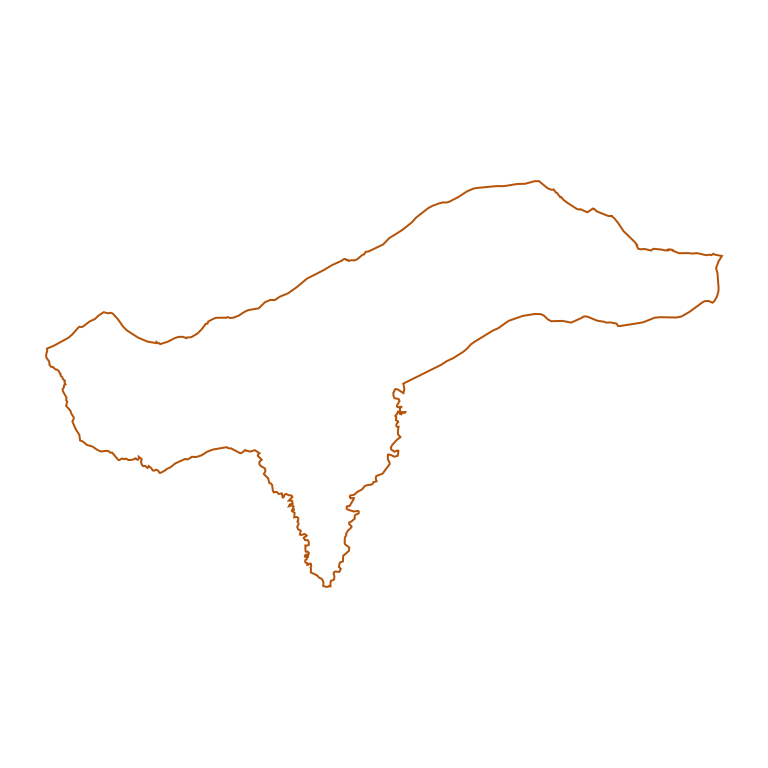 outline of Lautém, Lautém, East Timor
{"feature_id": "22284137B78833871172178", "entity_name": "Lautém", "entity_type": "district", "adm_level": 2, "iso_a3": "TLS", "parent_name": "East Timor", "parent_adm1": "Lautém", "projection": "orthographic", "projection_center": [126.918, -8.447], "detail": "fine", "context": "isolated", "style": "outline", "palette": "amber", "viewbox_px": 768, "rotation_deg": 0, "n_neighbors": 0, "source": "geoboundaries", "source_scale": "gbopen_adm2", "svg_char_len": 6077}
<svg xmlns="http://www.w3.org/2000/svg" viewBox="0 0 768 768"><path d="M330.5,586.3L330.4,583.1L331.0,580.7L333.3,580.1L334.1,579.2L334.4,576.4L333.6,573.5L333.9,572.4L335.4,571.5L339.1,571.9L339.8,571.1L340.8,568.9L338.9,567.0L339.6,563.2L339.9,562.6L342.9,561.4L343.2,555.8L348.9,550.9L349.3,547.5L345.3,544.5L344.7,543.4L344.7,541.8L344.8,537.7L346.2,535.4L346.3,533.4L347.9,530.7L351.4,527.3L351.5,526.2L349.4,524.4L349.1,522.6L351.5,521.4L354.8,518.6L354.6,516.2L355.2,515.0L358.7,513.3L358.7,511.5L357.9,510.9L354.0,511.5L348.5,509.9L346.6,508.7L346.7,506.8L347.6,506.0L349.0,506.3L349.7,505.8L353.8,498.9L353.9,498.1L350.5,498.2L349.8,497.0L350.1,495.6L354.2,494.7L357.2,492.0L362.2,489.3L364.8,486.0L368.2,484.9L370.4,484.9L372.5,484.0L373.5,482.1L376.6,481.3L375.7,478.1L376.3,476.0L382.6,473.6L389.7,464.1L389.4,462.1L387.8,459.3L387.9,454.7L388.3,454.4L391.5,455.2L394.1,456.7L397.5,455.9L398.0,454.7L398.4,450.8L397.7,450.5L394.4,451.7L391.3,449.6L390.8,447.5L392.3,444.9L396.4,440.3L400.4,437.1L398.0,434.3L397.9,430.5L398.6,426.8L397.2,426.9L396.2,425.7L396.8,423.5L398.2,422.0L398.0,421.3L395.9,420.1L396.3,417.5L396.1,416.7L395.5,416.5L395.5,415.5L397.0,414.1L397.9,411.7L399.1,412.3L399.8,413.7L401.1,414.4L402.5,412.9L405.1,412.7L405.4,412.0L401.3,412.2L399.8,410.9L400.1,408.1L402.1,406.6L398.3,407.3L397.0,406.6L397.0,405.5L399.5,401.1L398.6,399.0L394.5,398.2L393.5,395.8L393.3,393.0L395.0,389.4L395.6,389.0L398.0,389.6L403.4,393.1L404.4,389.2L403.3,383.6L441.0,364.9L446.6,361.2L453.3,358.1L463.1,351.9L466.8,348.9L471.0,344.3L474.2,342.0L492.6,330.7L498.2,328.2L508.7,320.8L522.8,315.9L534.6,314.0L540.5,314.1L543.7,315.4L547.8,319.3L551.2,321.2L562.5,320.9L571.2,322.6L581.8,317.8L583.0,316.8L585.4,316.4L587.5,316.7L597.2,320.7L604.4,321.8L605.9,322.6L610.2,322.4L616.5,323.6L617.9,325.9L620.2,326.0L642.9,322.4L654.7,317.7L660.4,317.2L676.6,317.5L681.4,316.5L689.3,312.0L703.1,301.9L705.1,301.1L708.5,301.0L712.6,302.7L714.5,300.9L717.0,296.5L718.4,291.4L718.6,288.3L717.5,273.3L716.1,268.2L718.5,261.5L721.9,256.0L714.8,254.6L713.3,253.8L711.5,255.1L708.8,254.7L706.2,255.2L696.9,253.1L692.8,253.6L688.3,253.1L679.1,253.2L672.5,250.6L672.6,249.9L669.3,249.3L668.5,249.5L669.2,250.0L668.5,250.4L665.1,250.4L661.0,249.5L653.4,248.8L651.0,250.5L644.6,249.0L640.6,249.3L638.1,248.6L636.6,245.5L637.1,245.0L634.7,242.0L623.5,231.1L618.1,223.0L614.0,217.9L612.3,216.8L612.1,216.0L608.3,216.0L605.2,214.8L596.6,211.3L594.5,209.1L593.8,209.2L593.0,208.5L587.3,212.3L580.5,209.2L579.7,209.7L576.8,208.9L567.5,202.9L563.1,199.5L561.2,197.0L560.3,197.3L556.8,192.7L555.8,192.6L553.7,189.5L551.5,189.8L547.7,188.3L538.9,181.1L534.7,181.2L524.9,183.8L517.1,184.0L504.3,186.1L496.1,186.1L475.8,188.1L472.9,188.8L466.8,191.5L458.4,197.0L449.1,201.8L446.2,202.6L443.8,202.3L439.6,203.2L432.8,205.7L428.1,208.2L416.2,217.5L412.0,222.2L402.1,230.1L389.3,238.1L383.2,244.4L368.5,251.5L365.7,251.8L364.0,254.5L362.5,254.8L357.0,259.4L354.1,260.4L350.8,260.2L349.1,261.0L348.2,260.7L347.9,259.9L346.5,260.1L345.4,258.9L343.5,259.3L341.7,260.7L331.9,265.2L323.5,270.2L307.0,278.6L296.7,287.2L288.1,293.3L279.8,296.7L274.8,300.1L270.6,299.9L265.1,302.1L258.7,308.3L248.2,310.1L244.4,311.9L238.6,315.7L233.4,317.7L230.1,318.0L227.6,317.1L226.5,317.7L216.0,317.8L212.9,319.0L208.2,321.6L207.5,323.6L205.9,323.7L201.7,329.3L197.4,333.6L191.2,337.2L186.9,337.5L186.4,338.2L183.2,336.9L178.5,336.9L174.5,338.2L167.9,341.7L160.2,344.1L159.0,343.0L157.9,343.3L156.8,342.4L156.3,342.8L156.1,342.2L155.5,343.0L147.2,341.5L137.9,337.5L126.6,330.2L122.8,326.2L118.2,319.6L112.7,313.5L110.7,312.8L108.0,313.3L103.7,312.2L98.2,315.8L95.1,318.9L89.6,321.5L83.2,326.4L81.6,327.1L79.7,326.7L78.7,327.2L72.2,334.5L68.5,337.7L53.9,345.7L46.9,348.6L47.3,350.5L46.1,354.8L46.3,357.5L48.8,361.0L49.4,362.5L49.4,364.6L50.9,366.7L53.1,367.1L55.4,369.4L57.0,369.6L58.6,370.8L59.9,373.4L60.5,373.7L60.6,375.6L62.3,377.3L63.1,379.3L64.9,380.7L64.4,382.4L65.5,384.4L64.0,385.4L63.9,387.3L62.5,389.3L63.2,391.8L66.6,397.8L66.1,400.1L67.2,401.7L66.1,405.8L70.3,410.6L71.3,413.5L73.8,417.5L73.6,419.0L72.4,421.4L75.5,428.8L79.3,434.8L80.1,440.5L82.5,441.3L86.9,444.9L92.6,446.6L97.3,449.9L101.0,451.5L106.4,450.8L108.8,451.2L110.3,452.7L112.1,452.6L118.0,459.6L119.1,460.2L122.0,458.5L124.6,459.2L126.0,458.6L128.5,460.1L132.7,459.7L135.7,458.3L136.5,459.4L138.0,459.7L138.9,458.2L138.8,456.8L141.7,459.2L141.0,461.9L141.7,464.4L142.8,465.9L143.5,466.2L145.1,465.8L147.6,467.9L148.7,466.0L151.4,468.3L152.7,470.4L153.9,470.7L156.1,469.7L158.2,470.6L159.4,472.8L160.6,472.8L165.2,470.4L166.5,469.1L170.6,467.2L175.1,463.5L185.2,458.9L186.8,459.5L187.6,459.3L190.2,458.1L191.6,456.8L195.8,457.0L198.1,456.5L201.8,455.2L207.4,451.6L213.1,449.5L226.7,447.2L228.7,448.3L231.1,448.4L240.2,453.2L242.2,452.6L245.2,450.0L246.3,450.9L247.1,450.7L249.9,451.6L254.8,450.2L259.5,453.2L258.1,454.4L257.8,455.8L261.7,459.8L259.5,461.7L259.4,464.1L260.6,465.9L264.6,468.2L265.3,469.4L265.2,471.7L263.8,474.0L268.1,478.3L269.4,483.1L271.0,483.6L272.1,484.9L272.8,490.4L273.7,492.3L276.5,491.8L278.8,494.0L281.8,493.4L282.6,497.4L283.5,497.4L284.5,494.8L286.1,493.9L288.6,495.2L291.1,495.4L292.2,496.4L292.4,496.9L288.8,500.6L292.1,500.8L292.6,503.6L289.7,504.5L288.9,506.3L292.3,505.3L293.6,506.4L292.9,508.5L293.8,509.1L293.9,509.9L291.9,510.2L291.8,510.9L294.6,512.8L294.2,517.4L296.7,517.0L298.2,517.9L298.3,520.1L297.4,521.6L298.3,522.6L298.6,524.0L297.2,527.0L298.1,529.3L300.7,530.7L299.9,534.6L301.5,535.0L304.4,534.0L305.9,534.7L306.7,535.7L303.7,537.8L305.0,540.1L307.8,540.1L308.8,542.0L308.8,545.0L307.1,545.6L305.4,545.4L305.3,546.0L305.5,550.9L306.0,551.8L307.6,551.6L308.8,552.9L308.6,554.4L306.2,554.6L304.9,555.7L304.9,556.6L305.5,556.9L307.4,556.0L308.0,556.1L308.0,556.9L306.8,557.9L306.6,559.4L305.5,559.8L305.1,561.6L305.6,562.6L307.5,563.3L307.2,564.8L308.3,564.7L310.3,563.5L310.8,563.8L311.3,566.3L310.5,567.7L311.0,568.9L310.8,572.4L317.1,575.4L318.9,577.5L322.0,579.0L323.5,582.5L323.2,586.1L326.8,586.9L328.5,586.6L329.2,585.9L330.5,586.3Z" fill="none" stroke="#b45309" stroke-width="2"/></svg>